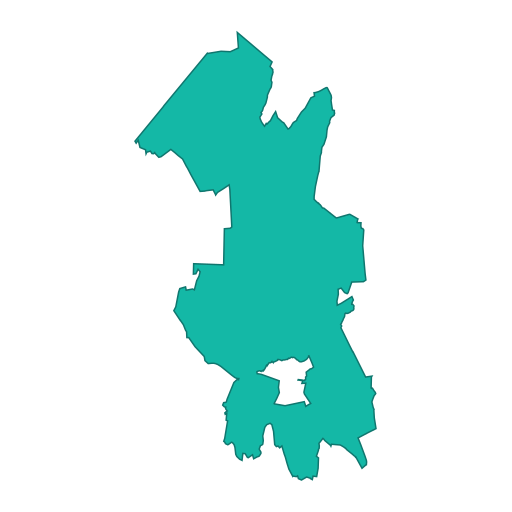 outline of Ārlavas pag., Talsi, Latvia, rotated 271°
{"feature_id": "27541924B95940565269220", "entity_name": "Ārlavas pag.", "entity_type": "district", "adm_level": 2, "iso_a3": "LVA", "parent_name": "Latvia", "parent_adm1": "Talsi", "projection": "robinson", "projection_center": [22.632, 57.389], "detail": "fine", "context": "isolated", "style": "filled", "palette": "teal", "viewbox_px": 512, "rotation_deg": 271, "n_neighbors": 0, "source": "geoboundaries", "source_scale": "gbopen_adm2", "svg_char_len": 5987}
<svg xmlns="http://www.w3.org/2000/svg" viewBox="0 0 512 512"><g transform="rotate(271 256 256)"><path d="M294.8,357.3L299.2,349.3L299.3,348.9L299.3,348.6L295.6,336.4L295.5,335.8L295.6,335.3L304.9,323.2L305.1,322.9L305.1,321.9L305.3,321.5L307.6,319.9L308.4,319.2L309.2,318.2L309.9,317.7L309.7,317.5L311.4,315.4L313.7,313.1L316.6,313.1L326.6,314.2L337.8,316.4L341.8,317.4L341.8,317.5L357.1,318.5L360.5,319.6L362.0,319.6L365.8,320.0L368.9,322.0L376.4,324.3L383.1,324.8L386.3,325.4L390.6,327.4L392.0,327.2L395.6,328.5L398.4,331.8L399.3,331.8L399.8,332.1L400.7,332.0L400.9,331.8L402.9,331.8L403.3,329.9L409.6,328.8L411.1,328.6L412.5,328.3L415.6,328.7L417.5,328.4L418.6,328.0L425.3,324.4L425.6,324.1L425.6,323.3L424.4,321.0L422.7,318.2L421.4,315.6L420.4,312.3L420.3,311.2L416.8,311.7L415.1,308.1L404.6,302.6L400.7,298.9L394.2,294.9L392.2,294.2L390.1,291.0L388.7,290.1L386.1,288.7L384.1,286.9L383.5,285.8L389.8,281.3L390.2,280.2L394.6,275.2L400.7,273.1L396.7,270.6L391.2,267.9L391.0,267.3L388.0,264.6L388.7,263.9L385.9,262.3L386.8,261.5L389.9,259.3L393.1,257.8L394.9,257.4L398.1,259.4L399.5,258.5L401.2,259.8L401.9,260.1L404.8,260.8L407.2,262.3L409.1,263.2L415.0,264.6L417.0,264.6L422.9,267.0L424.7,268.1L425.8,268.4L430.0,268.9L431.6,268.1L432.1,268.0L436.2,268.7L438.2,269.4L438.3,269.3L440.0,269.8L442.5,269.4L442.7,269.5L445.7,266.7L450.3,268.7L479.2,233.4L463.7,234.8L459.8,226.7L460.1,217.5L457.6,203.8L457.8,203.7L405.0,161.6L403.0,160.2L368.7,133.0L366.7,134.2L369.7,136.2L362.5,138.1L360.3,143.7L356.3,144.3L357.9,145.0L359.0,148.6L356.6,150.2L356.5,151.9L357.6,152.9L357.1,153.1L353.0,157.1L353.6,159.3L355.2,161.4L361.1,169.0L357.9,173.1L355.1,176.4L351.7,180.9L344.3,184.9L342.8,185.9L337.3,188.9L337.2,188.9L319.6,199.0L320.0,203.4L320.5,205.5L321.4,212.0L316.9,214.4L316.3,214.6L318.9,216.4L322.7,222.2L326.7,227.9L322.0,228.7L284.6,231.3L283.3,229.8L282.7,223.9L246.6,223.8L247.2,193.8L236.8,193.7L237.2,196.2L241.7,198.3L239.3,200.4L234.9,199.4L230.2,197.1L221.1,195.0L221.9,193.2L220.6,186.8L223.9,186.1L222.1,180.4L218.7,179.3L203.8,176.7L199.9,174.8L190.3,181.4L190.4,181.5L186.0,184.6L180.3,187.0L179.1,187.9L173.2,188.3L173.2,190.2L164.2,196.7L154.6,206.0L150.5,206.8L147.6,210.1L148.0,213.8L148.0,215.8L147.7,217.4L146.8,219.8L145.0,222.8L136.5,233.7L134.3,236.7L133.9,237.4L133.3,239.0L133.2,239.9L133.2,241.0L132.0,240.7L132.3,239.4L129.1,236.1L112.3,229.6L109.7,228.9L109.2,228.5L109.0,227.6L109.0,226.8L108.8,226.2L106.3,225.3L104.7,226.9L104.5,227.3L104.3,228.4L103.9,228.2L102.8,228.3L102.0,228.8L100.6,230.0L99.8,228.8L99.1,228.3L98.6,227.6L97.2,228.0L98.1,229.5L91.3,229.0L90.7,230.5L73.1,227.9L70.1,227.0L69.5,227.9L67.8,228.8L66.8,231.0L67.0,231.6L69.4,234.8L68.9,235.8L67.0,237.4L64.2,238.3L57.5,239.2L57.0,239.4L55.4,240.2L54.9,240.6L52.7,243.0L52.2,243.8L51.9,244.7L51.4,245.6L58.4,246.3L58.2,248.6L54.5,250.9L54.2,251.8L57.2,256.0L53.2,257.2L55.1,260.5L55.7,262.2L56.1,262.8L58.6,264.3L59.2,264.4L60.3,264.2L62.3,262.9L62.9,262.6L63.1,262.6L66.4,263.7L67.3,265.4L67.7,265.9L68.2,266.1L71.6,266.5L76.2,265.9L84.8,267.8L87.5,269.6L88.9,272.8L89.0,273.0L87.6,274.8L81.0,276.6L67.7,278.0L65.8,279.7L65.8,279.9L66.4,281.3L66.3,281.5L64.6,283.0L66.5,285.2L58.4,287.7L55.3,288.9L49.5,290.6L43.5,292.6L36.3,296.6L36.6,296.8L36.1,300.2L36.9,301.4L34.1,302.3L32.8,305.4L35.9,310.5L34.7,314.4L34.3,314.4L33.4,316.2L36.9,316.9L36.5,320.5L44.8,321.8L55.2,322.0L56.8,319.9L62.8,321.8L63.7,321.8L64.8,322.5L67.4,322.6L69.8,322.2L71.4,323.5L74.8,326.1L74.0,327.0L72.7,328.0L67.9,333.9L67.3,334.2L69.1,334.7L68.5,343.6L66.6,347.0L65.2,348.9L65.3,349.0L64.5,349.7L64.2,349.8L62.1,352.5L59.7,355.6L57.9,357.7L57.4,358.5L56.6,359.0L56.8,359.3L45.6,365.7L49.2,369.7L49.2,370.0L52.0,370.2L53.7,369.9L57.9,368.4L69.2,364.0L75.9,361.2L81.2,370.8L85.5,379.0L96.2,377.1L104.0,376.5L104.6,376.7L106.6,375.8L112.1,374.4L114.8,375.2L118.3,376.5L120.5,378.1L121.8,377.6L123.4,376.3L125.9,374.7L126.1,373.8L125.8,373.6L126.0,373.4L137.0,373.5L137.9,374.0L136.9,367.7L162.0,354.6L161.9,354.4L167.8,351.3L185.8,342.1L187.5,342.9L189.2,341.8L190.3,342.7L191.4,343.0L193.3,344.0L194.8,344.5L197.0,345.6L199.6,345.9L200.2,346.3L200.5,346.8L200.1,347.9L200.5,349.3L201.5,351.2L202.5,352.0L203.1,353.6L203.4,354.0L204.0,354.5L204.9,354.8L206.1,354.6L207.3,354.8L207.9,354.8L209.4,353.5L209.5,353.3L209.4,352.6L210.1,352.6L212.2,353.3L213.7,354.1L217.1,352.6L210.1,341.9L208.2,338.1L208.6,338.1L212.2,337.7L219.2,339.0L224.2,338.7L225.4,341.7L221.0,345.2L219.9,347.8L220.8,348.7L231.6,352.2L232.2,363.9L233.9,366.3L240.3,365.4L268.1,362.5L283.9,363.3L285.3,362.3L285.5,360.9L287.7,360.3L291.1,360.4L291.1,356.8L291.2,356.5L294.5,357.0L294.8,357.3ZM132.3,306.8L132.8,304.2L133.2,300.4L132.7,300.2L132.6,301.4L132.1,304.7L131.2,304.7L129.4,304.1L129.7,308.0L120.7,306.3L118.9,306.8L109.5,313.3L108.1,310.8L106.5,308.4L111.2,306.8L106.8,287.7L108.4,277.4L108.5,276.9L108.8,276.7L113.9,279.2L119.8,281.7L125.0,280.7L131.6,281.4L137.7,263.6L138.2,260.8L138.3,259.3L140.1,258.8L140.5,259.2L140.8,259.8L141.3,261.3L141.3,261.6L140.7,263.1L141.1,263.2L141.1,263.7L141.3,264.4L141.8,265.0L141.2,265.2L141.8,265.8L143.2,266.7L145.8,268.0L146.8,268.3L147.4,268.9L147.7,269.6L147.4,269.6L148.5,270.3L148.7,270.5L149.3,270.7L149.5,271.2L149.5,272.3L149.8,272.9L150.4,273.4L150.1,273.4L150.2,274.1L150.3,274.4L150.3,274.8L149.8,275.1L150.1,275.2L151.0,277.3L152.1,279.4L152.8,279.4L153.0,279.7L152.7,281.7L152.4,282.5L152.1,282.8L151.8,283.7L152.3,284.4L152.6,285.4L152.6,286.6L153.1,288.0L153.1,288.5L153.0,288.9L153.2,289.3L154.3,290.2L154.0,290.6L154.7,292.1L155.3,292.8L155.4,293.1L155.4,293.7L155.2,293.9L155.0,294.3L155.3,295.0L155.3,295.8L154.6,297.0L154.2,297.2L153.6,298.1L153.0,298.5L152.8,299.4L151.5,300.9L151.0,301.8L151.0,303.2L151.9,305.9L153.6,308.4L156.3,310.4L157.7,310.4L149.9,313.9L145.9,315.5L144.8,314.3L144.1,313.1L144.1,312.2L143.9,312.1L140.7,308.2L136.8,308.7L135.8,307.7L133.6,307.8L133.2,307.4L133.1,307.1L132.3,306.8Z" fill="#14b8a6" stroke="#0f766e" stroke-width="1.5"/></g></svg>